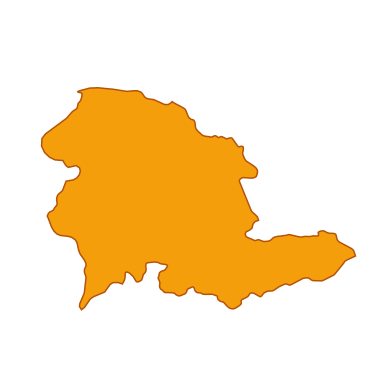 SVG path tracing the border of Chiang Rai, rotated 258°
{"feature_id": "THA-389", "entity_name": "Chiang Rai", "entity_type": "Province", "adm_level": 1, "iso_a3": "THA", "parent_name": "Thailand", "parent_adm1": "", "projection": "orthographic", "projection_center": [99.723, 19.722], "detail": "fine", "context": "isolated", "style": "filled", "palette": "amber", "viewbox_px": 384, "rotation_deg": 258, "n_neighbors": 0, "source": "natural_earth", "source_scale": "10m", "svg_char_len": 5607}
<svg xmlns="http://www.w3.org/2000/svg" viewBox="0 0 384 384"><g transform="rotate(258 192 192)"><path d="M198.0,45.4L198.9,45.6L200.9,47.1L202.1,48.9L202.5,50.9L203.2,52.7L205.1,54.3L207.3,57.1L209.3,57.8L211.6,57.8L214.3,58.4L216.8,59.9L218.1,61.6L219.0,63.5L220.5,65.8L228.8,71.1L228.5,78.1L229.6,82.1L232.2,85.3L235.6,87.1L239.0,87.0L241.9,84.1L241.8,76.2L243.5,74.6L244.1,74.2L248.3,72.6L249.4,72.4L249.7,72.0L251.9,64.7L255.6,59.9L261.3,56.0L268.2,54.4L275.4,56.3L279.2,60.6L290.2,84.6L295.1,91.1L296.0,92.7L297.0,95.5L297.7,96.7L299.2,97.7L302.4,99.1L303.1,100.2L304.5,101.9L307.6,103.8L310.8,104.9L312.2,104.1L313.2,101.4L314.0,101.2L314.4,103.2L314.9,113.6L313.5,121.7L308.9,136.2L304.0,149.1L303.1,156.2L302.4,159.5L300.5,162.6L298.9,163.7L295.2,165.3L293.7,166.3L292.4,168.1L290.3,173.8L287.9,177.1L283.3,183.3L282.5,186.9L283.4,189.7L284.6,191.3L283.2,192.5L276.1,201.0L274.6,202.3L273.7,202.7L272.3,203.1L267.1,203.9L266.1,204.2L265.1,204.7L263.6,205.9L263.1,206.7L262.7,207.3L262.5,207.8L262.2,208.4L261.5,208.8L260.6,209.2L258.7,209.3L254.0,208.9L253.3,209.0L252.1,209.5L250.6,210.2L245.8,213.6L245.3,214.1L244.9,214.6L244.0,216.1L242.5,220.3L242.0,221.3L241.7,222.5L241.7,223.2L241.9,223.9L242.2,225.1L242.3,225.8L242.2,226.4L241.9,227.0L241.6,227.4L241.2,227.8L240.3,228.6L239.9,229.0L239.7,229.5L239.8,230.2L239.9,230.8L240.1,231.4L240.2,232.0L240.0,232.6L239.7,233.1L238.3,234.9L237.2,236.1L236.9,236.5L236.8,236.9L237.0,239.7L237.0,240.4L236.9,241.2L236.7,241.8L236.4,242.3L235.5,242.8L227.9,246.0L227.4,246.3L226.9,246.6L226.6,247.0L226.4,247.5L226.5,248.8L226.5,249.5L226.4,250.1L226.1,250.7L225.8,251.2L225.0,251.4L223.9,251.3L221.7,250.6L219.8,249.7L219.2,249.5L218.0,249.6L216.5,249.8L213.5,250.4L212.0,251.0L211.1,251.4L204.5,257.9L202.5,259.4L201.3,260.0L199.9,260.4L198.9,260.4L197.5,260.1L195.2,259.0L194.1,258.3L193.5,257.5L193.1,256.0L193.1,254.3L193.3,252.6L195.4,245.4L195.4,244.5L195.3,243.7L195.1,243.0L194.9,242.3L194.5,241.7L194.1,241.2L192.9,240.5L161.7,246.0L160.6,246.4L159.2,247.2L156.8,249.1L154.1,250.8L150.5,251.2L149.9,247.3L147.8,244.9L144.2,243.2L143.0,241.1L142.5,239.7L142.2,238.3L141.8,236.7L140.6,235.8L139.7,235.4L138.9,235.3L138.1,235.4L137.4,235.7L136.9,236.0L136.4,236.4L135.8,237.1L132.9,241.4L131.8,242.7L131.5,243.4L131.3,244.2L131.4,244.9L131.5,245.6L131.6,246.4L131.5,247.2L131.2,247.8L129.0,251.2L128.7,251.9L128.5,252.6L128.1,255.9L128.1,256.7L128.3,258.2L128.8,259.5L129.9,261.2L130.2,261.9L130.5,262.5L130.7,264.1L130.8,266.6L130.4,269.8L130.3,272.6L130.1,274.1L130.0,275.1L130.1,276.1L130.2,276.8L130.2,277.8L129.9,278.9L126.0,287.1L125.3,289.0L125.1,290.4L125.2,292.1L125.1,293.1L123.9,298.1L123.9,301.4L123.0,304.8L122.9,305.7L123.1,306.5L123.6,306.8L124.3,306.9L125.0,306.9L125.8,306.9L126.3,307.3L126.7,307.8L126.9,308.8L127.0,310.0L126.8,312.1L126.4,313.1L125.7,314.0L124.9,314.8L123.6,316.7L122.9,318.4L122.2,321.5L121.6,322.7L121.0,323.6L120.4,323.8L119.6,324.0L117.1,324.0L115.5,324.1L114.5,324.4L114.0,324.6L112.9,325.3L112.3,325.8L103.5,336.3L102.5,337.1L102.0,337.4L101.3,337.8L100.6,338.0L95.4,338.6L93.4,329.7L92.4,327.0L90.7,325.4L82.0,314.6L81.2,313.2L78.3,302.1L78.1,300.5L80.1,292.1L80.4,291.5L80.8,290.9L83.6,288.2L83.9,287.3L84.2,286.1L84.4,283.8L84.4,282.6L80.8,269.9L80.6,268.2L80.9,267.5L82.2,265.5L82.6,264.3L82.6,263.4L81.3,257.7L78.9,251.8L78.6,250.5L78.6,249.3L79.2,246.4L79.2,245.3L79.1,244.3L78.6,242.4L78.3,241.6L77.9,240.9L75.8,238.4L75.4,237.5L75.4,237.0L75.5,236.8L76.8,235.1L79.5,232.2L80.0,231.5L80.4,230.7L80.9,229.2L80.9,228.2L80.6,227.5L79.7,226.5L79.2,226.1L78.7,225.6L78.1,224.7L77.6,223.4L76.5,219.1L76.1,218.0L75.6,217.5L75.0,217.3L73.4,217.2L72.6,217.0L71.8,216.2L71.0,214.7L69.7,211.3L69.3,209.6L69.1,208.2L69.3,207.4L69.5,206.7L69.8,206.0L70.1,205.4L70.9,204.3L72.9,202.7L77.0,200.3L77.5,199.9L77.9,199.4L78.3,198.8L78.9,197.6L79.2,197.0L79.6,196.5L80.1,196.1L81.2,195.3L81.9,195.0L82.6,194.9L83.4,194.9L84.1,195.1L84.8,195.0L85.4,194.6L85.9,193.4L86.5,192.7L87.8,190.5L89.2,183.2L89.6,182.1L89.9,181.3L91.2,179.8L91.6,179.1L92.1,177.2L92.4,176.4L92.8,175.9L93.3,175.4L93.8,175.0L94.4,174.6L95.1,174.4L97.5,174.1L98.3,173.8L99.0,173.3L99.1,172.7L98.9,171.8L98.6,170.7L98.3,168.8L97.9,167.7L97.4,167.0L95.6,166.0L95.1,165.6L94.2,164.6L93.8,163.6L93.0,159.3L93.0,158.0L93.3,157.0L94.2,155.9L94.5,155.4L95.0,154.9L95.5,154.6L96.1,154.3L96.9,153.2L97.6,151.6L99.1,145.5L99.5,144.2L100.0,143.8L101.8,142.8L103.2,141.5L103.8,141.1L104.4,140.9L105.1,140.7L105.9,140.6L106.6,140.7L109.4,141.6L111.0,141.7L114.5,141.0L114.9,141.0L115.4,141.2L116.4,141.9L117.1,142.3L119.1,143.0L119.7,143.4L120.1,143.9L120.7,145.1L121.0,146.6L121.0,147.4L121.1,148.2L121.3,148.9L122.0,150.1L122.4,150.6L124.4,152.4L124.9,152.7L125.7,152.4L126.5,151.3L128.1,147.0L128.6,146.0L130.0,144.4L131.4,140.7L132.0,134.0L131.8,132.7L131.4,132.2L130.8,131.9L130.2,131.6L125.4,130.9L124.7,130.7L123.6,130.0L122.7,129.1L121.5,127.5L121.0,127.0L118.0,125.5L116.8,124.7L116.2,124.0L115.8,123.0L115.3,121.1L115.4,120.0L115.7,119.2L116.2,118.8L116.8,118.5L121.0,117.1L121.6,116.9L125.5,114.1L126.2,113.4L127.1,112.1L127.3,111.2L127.2,110.4L126.6,110.1L125.3,109.5L122.3,108.7L121.0,108.2L119.8,107.5L117.9,106.1L116.5,104.6L116.8,104.4L118.8,100.9L119.8,95.8L118.5,92.6L112.3,85.8L110.1,74.0L108.5,70.3L101.5,62.9L99.8,59.4L103.5,58.1L106.2,59.1L115.5,65.6L130.1,70.5L131.9,70.6L135.4,70.1L137.3,70.3L139.1,71.0L141.9,73.0L143.8,73.4L147.5,72.7L154.5,69.7L158.5,69.0L166.2,69.0L169.5,67.9L172.7,64.9L174.4,61.6L176.9,54.2L179.1,51.1L182.5,48.8L186.7,47.4L197.1,45.8L198.0,45.4Z" fill="#f59e0b" stroke="#b45309" stroke-width="1.5"/></g></svg>